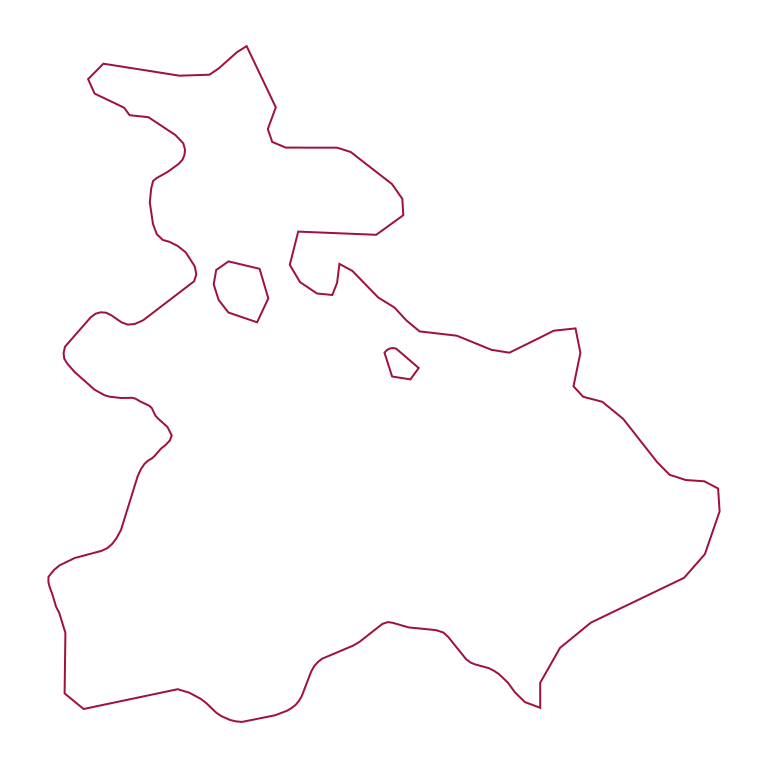 SVG path tracing the border of Tavush
{"feature_id": "ARM-1670", "entity_name": "Tavush", "entity_type": "Province", "adm_level": 1, "iso_a3": "ARM", "parent_name": "Armenia", "parent_adm1": "", "projection": "equal_earth", "projection_center": [45.046, 40.964], "detail": "fine", "context": "isolated", "style": "outline", "palette": "rose", "viewbox_px": 768, "rotation_deg": 0, "n_neighbors": 0, "source": "natural_earth", "source_scale": "10m", "svg_char_len": 2366}
<svg xmlns="http://www.w3.org/2000/svg" viewBox="0 0 768 768"><path d="M179.5,75.7L209.4,74.7L219.0,68.2L236.8,52.3L246.6,46.1L275.8,107.3L267.8,129.1L272.2,141.9L285.7,147.6L337.2,147.7L350.7,152.0L392.0,184.1L402.3,198.8L403.3,215.2L376.2,234.8L298.2,231.6L289.8,264.8L300.0,282.1L317.0,293.5L332.3,295.0L337.1,282.8L339.4,263.9L352.4,270.9L378.2,297.5L394.4,307.5L406.6,320.6L419.6,331.4L456.8,335.7L491.4,349.8L509.4,352.7L546.2,334.5L553.7,330.7L575.5,328.4L580.4,352.9L573.5,386.3L583.2,396.8L594.4,399.7L602.3,401.8L623.2,418.9L657.1,462.1L669.6,474.8L685.7,480.0L704.3,481.3L718.1,488.5L719.6,511.4L704.9,554.1L684.1,577.8L622.9,607.2L590.9,622.6L560.0,647.9L540.2,682.8L540.2,707.8L540.0,707.7L524.9,702.1L514.9,692.3L507.8,682.5L498.8,674.0L493.7,670.6L488.7,668.1L474.8,664.3L470.3,662.4L466.1,659.2L448.0,636.7L443.3,632.5L435.9,630.1L408.5,627.4L392.8,622.8L387.9,622.1L382.4,623.9L359.3,642.0L352.7,645.8L322.3,658.6L318.0,661.9L314.2,666.2L311.2,671.5L301.8,696.0L299.0,700.8L295.7,704.8L291.6,708.0L286.9,710.8L275.3,715.2L242.1,721.9L236.1,721.4L230.1,720.0L221.1,716.0L216.3,712.7L206.5,703.3L201.0,699.0L189.3,692.7L177.7,689.2L83.6,709.0L64.6,693.4L65.4,632.9L59.2,612.8L56.1,606.8L52.0,593.2L49.6,587.0L48.4,581.9L48.5,576.8L54.0,569.9L59.8,565.2L74.7,558.0L101.7,550.8L107.3,548.1L112.2,543.9L116.6,538.0L121.0,529.9L137.7,476.1L141.0,469.0L144.6,463.7L148.4,460.4L151.9,458.4L154.4,456.2L160.9,448.7L165.8,444.8L169.9,440.4L171.7,435.2L167.4,426.9L158.4,418.9L155.4,415.7L151.9,408.2L149.3,405.8L139.9,401.3L137.5,399.8L134.8,398.4L132.0,397.8L121.1,398.0L109.6,396.7L104.4,395.2L94.3,389.5L74.6,372.0L67.1,363.4L64.2,358.5L63.6,353.0L65.0,346.7L90.7,317.3L95.6,313.7L100.6,312.3L106.1,312.7L111.4,315.3L121.6,322.4L127.8,324.6L134.7,324.0L143.1,320.3L194.2,281.2L196.3,274.4L194.8,266.4L185.7,252.3L177.6,245.9L169.1,241.7L162.7,239.9L156.8,234.2L153.0,224.1L149.8,202.4L151.2,188.4L153.1,181.0L156.6,178.1L167.9,171.7L178.9,163.7L182.5,159.7L184.5,154.8L185.0,149.6L183.3,143.3L175.2,134.9L148.4,117.2L129.6,115.2L124.1,107.7L94.6,93.6L88.1,79.1L103.4,63.7L179.5,75.7ZM257.1,322.3L268.3,298.4L259.6,268.8L228.5,261.4L216.2,270.0L213.7,284.3L218.6,299.9L228.4,312.5L257.1,322.3ZM410.4,379.4L418.7,368.0L396.1,348.6L392.9,348.0L389.8,348.5L387.0,350.0L384.5,352.7L392.1,376.5L410.4,379.4Z" fill="none" stroke="#9f1239" stroke-width="2"/></svg>